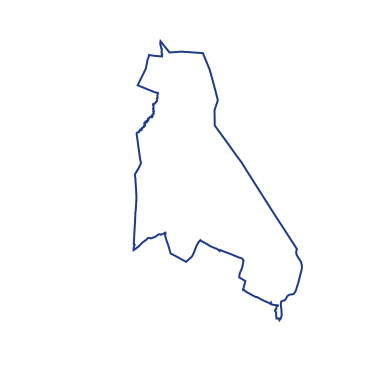 the district of Musenita, Suceava, Romania, rotated 68°
{"feature_id": "2599482B233708052654", "entity_name": "Musenita", "entity_type": "district", "adm_level": 2, "iso_a3": "ROU", "parent_name": "Romania", "parent_adm1": "Suceava", "projection": "equal_earth", "projection_center": [25.971, 47.952], "detail": "fine", "context": "isolated", "style": "outline", "palette": "blue", "viewbox_px": 384, "rotation_deg": 68, "n_neighbors": 0, "source": "geoboundaries", "source_scale": "gbopen_adm2", "svg_char_len": 5738}
<svg xmlns="http://www.w3.org/2000/svg" viewBox="0 0 384 384"><g transform="rotate(68 192 192)"><path d="M178.9,246.8L179.5,246.8L179.7,247.1L180.0,247.3L180.9,247.7L188.1,251.1L190.1,252.4L192.2,253.2L196.7,255.3L200.0,256.8L209.4,261.3L210.4,261.7L218.8,265.6L219.4,265.0L222.4,267.3L224.0,267.9L223.6,265.8L222.9,263.6L222.7,262.6L222.6,262.1L221.5,259.8L221.0,258.3L220.4,257.1L219.9,255.8L219.8,254.8L219.6,254.1L219.3,253.1L219.2,252.1L218.6,250.9L218.3,250.0L218.2,249.7L218.5,249.3L218.8,248.3L219.5,247.7L219.6,247.2L219.8,246.7L219.6,245.4L219.6,245.1L219.8,244.6L219.7,244.0L219.8,243.4L219.7,242.6L219.3,240.9L218.8,239.4L219.1,237.7L219.5,237.3L219.9,237.1L220.0,234.3L219.9,233.4L219.6,231.9L219.8,231.8L220.3,232.0L221.8,232.9L222.3,233.2L222.6,233.3L223.4,233.3L225.0,233.6L226.3,233.7L232.8,234.0L234.9,234.2L240.5,234.8L241.0,234.9L244.9,231.5L247.7,229.2L254.5,223.7L254.2,222.8L252.0,216.7L251.7,216.2L251.3,215.5L249.4,213.5L248.7,212.7L245.5,209.8L243.7,208.1L242.7,206.9L241.8,205.8L240.9,204.5L239.8,202.4L239.8,202.2L240.4,202.2L241.7,201.1L245.7,197.7L246.4,197.1L246.9,197.0L247.1,196.9L249.3,195.1L251.6,192.8L252.5,192.1L253.1,191.2L253.8,190.4L254.5,189.9L257.0,188.5L256.2,187.7L257.9,186.0L259.3,184.6L260.2,183.6L260.6,183.1L264.6,178.8L269.7,173.6L270.7,172.6L271.0,172.2L271.4,171.4L271.7,171.1L272.3,170.7L272.8,170.4L273.2,170.2L274.0,170.1L274.5,170.1L274.9,170.1L275.1,170.0L275.2,170.3L276.2,170.8L279.9,173.1L281.2,174.1L282.4,175.2L283.6,176.5L285.5,178.3L286.6,179.1L287.6,179.5L288.9,180.2L294.6,175.9L296.3,177.2L296.8,177.4L297.2,177.6L297.7,178.3L300.2,180.1L301.9,181.5L302.3,181.2L302.5,180.7L302.5,180.3L303.0,180.2L303.3,180.0L303.4,179.9L305.3,178.8L310.8,174.3L311.5,173.6L312.0,173.3L312.8,172.7L313.2,172.3L313.4,171.9L313.5,171.4L313.7,171.1L314.0,171.0L314.4,170.8L314.5,170.5L315.3,169.8L318.3,167.4L322.0,164.0L322.8,162.9L324.2,161.9L325.1,161.1L324.3,160.2L326.0,160.3L326.5,159.8L327.3,158.5L328.7,155.9L329.0,155.2L329.4,154.7L329.6,154.8L329.7,155.1L329.6,155.7L329.7,156.1L329.8,156.3L330.1,156.7L330.7,157.1L331.9,157.7L332.2,158.0L332.4,158.5L332.3,158.8L332.4,159.0L332.6,159.2L332.9,159.4L333.3,159.4L333.9,159.4L334.8,159.2L335.4,159.2L335.8,159.2L336.2,159.5L336.7,159.9L337.6,160.0L339.2,160.6L340.0,160.7L340.9,161.1L341.5,159.4L341.6,158.9L343.6,159.0L342.4,156.9L339.9,155.0L334.0,153.0L331.6,152.5L328.5,151.3L327.1,150.4L326.8,149.4L327.1,147.1L326.6,145.4L324.6,143.2L323.7,141.1L324.0,138.7L324.6,136.9L324.5,135.6L322.7,133.0L315.4,127.0L311.2,124.0L308.5,122.0L306.2,120.2L303.1,118.3L300.1,117.4L297.7,117.1L292.7,118.0L290.0,118.5L287.6,118.3L285.8,117.4L284.2,116.1L264.3,119.9L243.3,124.0L225.5,127.3L192.2,133.4L183.5,134.9L173.8,137.4L161.7,140.3L138.9,146.0L124.6,140.5L116.7,133.7L108.0,132.5L98.5,131.3L85.4,129.8L67.3,129.9L57.9,149.2L54.2,160.6L40.4,164.7L41.7,165.5L42.8,165.9L43.2,166.0L43.5,166.1L44.2,166.0L44.4,166.3L44.9,166.3L45.1,166.3L45.4,166.3L46.3,166.4L47.1,166.7L47.5,166.4L47.8,166.3L48.1,166.4L48.9,167.0L49.5,167.1L50.2,167.4L50.8,167.6L51.0,167.9L51.2,168.0L51.6,168.0L52.2,168.2L52.7,168.3L52.9,168.3L53.1,168.2L53.2,168.4L53.4,168.5L53.7,168.5L54.4,168.8L54.8,168.8L55.1,169.0L51.8,175.6L50.8,177.4L48.9,180.5L49.6,180.9L50.8,181.8L51.8,182.8L52.5,183.5L53.0,183.9L56.1,185.8L56.5,186.2L57.1,186.5L58.0,187.1L59.8,188.2L60.3,188.7L61.8,190.3L63.5,192.1L64.4,193.1L68.2,197.4L68.6,197.8L69.4,198.8L70.8,200.2L72.7,202.4L80.7,194.2L83.8,190.9L84.6,190.2L85.7,189.0L87.3,186.5L87.5,186.6L89.1,187.6L89.8,188.0L90.4,188.2L91.1,188.6L91.8,188.7L92.1,188.8L92.2,189.4L92.5,189.7L93.1,189.9L93.5,190.0L93.8,190.1L94.2,190.2L94.5,190.4L94.7,190.6L94.9,191.0L94.9,191.7L95.0,191.8L95.2,192.0L95.3,192.2L95.4,192.3L95.6,192.5L96.1,193.1L96.0,194.4L96.5,194.7L96.5,194.8L96.3,194.8L95.9,195.0L96.1,195.3L96.5,195.5L96.8,195.4L97.1,195.4L97.5,195.6L97.8,195.6L98.5,195.6L98.9,195.9L99.3,196.2L99.5,196.2L99.8,196.2L100.0,196.3L100.2,196.9L100.6,196.9L100.8,197.1L101.1,197.1L101.4,197.0L101.8,196.9L102.1,196.9L102.3,197.1L102.5,197.1L102.9,197.1L103.0,197.3L102.9,197.7L103.0,197.9L103.6,197.9L104.0,197.8L105.0,198.1L105.0,198.4L105.0,198.6L105.2,198.8L105.3,198.9L105.4,199.2L105.5,199.2L105.5,199.6L106.0,199.8L106.0,200.0L105.9,200.3L106.1,200.5L106.4,200.7L106.7,200.6L107.3,200.4L107.4,200.6L107.5,200.7L107.7,201.0L107.7,201.5L106.9,202.1L106.7,202.4L106.6,202.5L107.3,203.9L107.7,204.4L107.4,205.1L107.4,205.3L107.5,205.4L107.9,205.5L108.4,205.4L108.7,205.4L109.2,205.7L109.2,206.0L109.0,206.8L109.0,207.0L109.4,207.0L109.3,207.5L109.8,207.8L110.4,207.8L110.4,208.2L110.4,208.3L109.6,208.2L109.4,208.3L109.4,208.7L109.5,208.9L109.7,209.1L109.7,209.4L109.9,209.6L110.1,209.6L110.2,209.9L110.2,210.4L110.4,210.5L110.7,210.4L110.9,210.3L111.1,210.3L111.1,210.6L111.3,210.6L111.5,210.6L111.7,210.8L111.9,210.8L112.5,210.5L112.9,210.9L113.3,211.3L113.3,211.5L113.1,211.7L112.9,211.7L112.8,211.9L112.9,212.0L113.7,212.4L113.8,212.6L113.6,212.8L113.9,213.6L113.9,213.9L113.8,214.1L113.8,214.3L114.4,214.7L114.4,215.1L114.5,215.3L114.9,215.7L115.1,215.6L115.3,215.3L115.5,215.3L115.8,215.6L115.7,216.0L115.6,216.3L115.5,216.5L115.3,216.5L115.2,216.6L114.9,216.8L115.1,217.1L115.3,217.4L115.5,217.5L115.6,217.8L115.7,218.2L116.0,218.5L116.4,218.5L116.5,218.6L116.4,219.0L116.6,219.8L116.5,220.1L116.5,220.5L116.4,220.7L116.6,221.1L116.8,221.2L117.3,221.5L118.2,221.8L124.0,223.2L129.8,224.7L142.1,227.8L146.1,228.4L148.1,230.5L151.1,234.0L151.3,234.5L152.1,235.4L153.5,237.3L153.9,237.9L154.1,238.2L154.7,238.5L155.8,238.7L156.3,239.0L156.6,239.1L158.0,239.3L161.2,240.5L164.5,241.5L165.9,242.1L166.6,242.2L168.5,242.8L170.6,243.6L174.2,244.8L175.7,245.4L177.6,246.1L178.9,246.8Z" fill="none" stroke="#1e3a8a" stroke-width="2"/></g></svg>